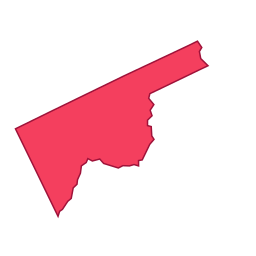 the district of Sumter, Florida, United States of America, rotated 244°
{"feature_id": "52423323B60260447284731", "entity_name": "Sumter", "entity_type": "district", "adm_level": 2, "iso_a3": "USA", "parent_name": "United States of America", "parent_adm1": "Florida", "projection": "mercator", "projection_center": [-82.144, 28.633], "detail": "fine", "context": "isolated", "style": "filled", "palette": "rose", "viewbox_px": 256, "rotation_deg": 244, "n_neighbors": 0, "source": "geoboundaries", "source_scale": "gbopen_adm2", "svg_char_len": 702}
<svg xmlns="http://www.w3.org/2000/svg" viewBox="0 0 256 256"><g transform="rotate(244 128 128)"><path d="M176.6,26.5L138.2,26.5L79.3,26.4L83.1,30.0L83.6,33.4L88.5,41.7L89.6,46.1L98.2,52.5L99.8,57.5L103.6,59.9L108.2,65.4L114.4,69.5L115.3,75.3L118.1,78.5L114.0,81.5L112.5,89.0L106.8,90.6L96.3,101.8L96.4,106.9L93.3,112.7L92.5,117.4L89.3,120.9L94.1,123.2L93.1,126.8L103.8,140.4L106.4,146.4L110.5,145.9L119.1,149.5L121.6,146.6L126.5,149.0L128.5,155.0L134.3,155.7L137.7,161.5L145.6,159.6L149.3,162.7L149.2,176.0L149.0,217.1L148.9,227.2L158.5,223.8L165.5,225.7L168.0,229.6L175.6,228.5L175.6,217.2L176.5,153.3L176.6,147.3L176.7,65.0L176.6,26.5Z" fill="#f43f5e" stroke="#9f1239" stroke-width="1.5"/></g></svg>